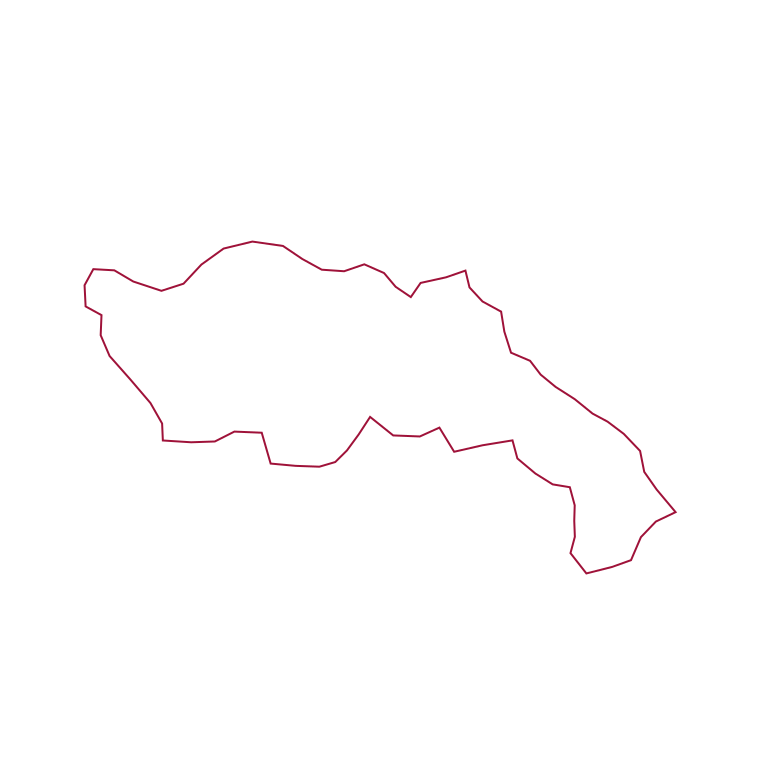 outline of Ferraz de Vasconcelos, São Paulo, Brazil, rotated 285°
{"feature_id": "56859067B93049901488848", "entity_name": "Ferraz de Vasconcelos", "entity_type": "district", "adm_level": 2, "iso_a3": "BRA", "parent_name": "Brazil", "parent_adm1": "São Paulo", "projection": "orthographic", "projection_center": [-46.375, -23.565], "detail": "fine", "context": "isolated", "style": "outline", "palette": "rose", "viewbox_px": 768, "rotation_deg": 285, "n_neighbors": 0, "source": "geoboundaries", "source_scale": "gbopen_adm2", "svg_char_len": 1059}
<svg xmlns="http://www.w3.org/2000/svg" viewBox="0 0 768 768"><g transform="rotate(285 384 384)"><path d="M419.7,73.5L401.9,69.2L381.7,75.7L377.4,93.3L357.8,97.7L340.0,111.7L322.8,137.7L305.2,163.3L288.4,179.9L272.2,185.0L277.8,212.8L284.7,235.5L299.3,251.8L305.3,278.5L277.8,295.1L282.1,320.0L287.4,343.0L296.0,357.1L310.2,365.4L328.7,372.6L348.6,379.1L336.7,406.2L342.6,432.2L356.2,448.8L336.7,469.3L350.3,495.0L362.8,522.7L346.6,532.1L336.7,553.4L330.7,572.9L332.4,590.2L316.2,599.6L301.0,603.2L285.8,607.9L268.9,607.9L253.4,628.5L266.3,651.6L277.8,668.2L302.6,671.8L321.5,682.2L335.7,698.8L352.6,674.7L366.5,658.1L385.6,648.7L397.9,628.5L405.5,609.7L409.4,593.1L418.7,572.2L425.6,550.5L433.6,532.9L444.2,519.1L447.1,498.6L465.7,486.7L484.2,478.4L489.2,457.8L499.4,441.6L514.6,433.3L503.1,416.3L491.1,393.2L474.9,387.4L480.9,370.1L491.2,355.3L494.5,334.0L482.6,316.3L478.3,294.3L483.6,272.7L491.2,250.7L487.5,220.0L473.3,194.0L452.1,176.7L429.0,164.4L416.4,144.9L418.1,115.3L424.0,94.1L419.7,73.5Z" fill="none" stroke="#9f1239" stroke-width="2"/></g></svg>